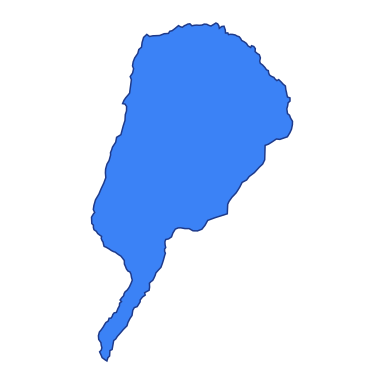 outline of Vianópolis, Goiás, Brazil
{"feature_id": "56859067B48713716484545", "entity_name": "Vianópolis", "entity_type": "district", "adm_level": 2, "iso_a3": "BRA", "parent_name": "Brazil", "parent_adm1": "Goiás", "projection": "robinson", "projection_center": [-48.462, -16.878], "detail": "fine", "context": "isolated", "style": "filled", "palette": "blue", "viewbox_px": 384, "rotation_deg": 0, "n_neighbors": 0, "source": "geoboundaries", "source_scale": "gbopen_adm2", "svg_char_len": 3345}
<svg xmlns="http://www.w3.org/2000/svg" viewBox="0 0 384 384"><path d="M106.9,361.0L107.9,357.7L109.6,356.0L109.9,350.6L112.1,349.5L113.7,340.5L115.7,339.0L117.4,336.3L120.6,332.7L123.3,329.5L127.0,325.8L127.9,322.6L130.0,318.4L132.0,315.5L132.8,310.3L134.3,307.6L137.2,306.6L140.1,301.9L140.2,299.9L142.5,297.0L145.2,295.1L144.6,292.7L146.6,291.6L149.1,290.3L149.6,287.1L149.4,283.2L151.1,281.5L152.7,280.4L153.8,278.4L155.1,275.5L155.9,272.9L158.1,270.4L160.9,267.4L162.3,263.6L163.4,260.1L164.8,255.0L165.4,253.2L164.6,251.4L164.6,249.0L165.7,247.6L165.1,244.9L164.9,241.8L165.7,239.5L168.5,238.9L171.5,236.9L172.9,233.0L175.3,229.1L178.2,227.9L180.7,227.8L185.0,228.6L189.1,228.6L193.0,230.8L197.5,230.9L201.9,229.2L205.0,225.3L207.7,220.4L215.0,217.7L227.3,213.8L227.7,204.3L229.0,201.4L231.9,197.3L236.0,193.0L237.9,190.1L239.8,187.0L242.1,182.4L246.6,180.0L249.2,176.5L254.4,172.6L259.4,167.1L262.7,164.0L264.7,159.8L265.1,145.4L268.4,144.2L272.4,141.7L276.4,139.0L279.8,139.4L287.4,136.8L289.9,132.7L291.5,129.2L292.4,124.7L292.5,121.3L290.6,118.1L289.5,115.2L287.5,113.6L286.8,108.8L287.6,106.1L288.1,102.8L290.0,101.1L290.0,97.9L287.5,97.0L286.9,94.7L286.5,92.5L285.8,89.6L285.4,86.0L283.2,84.2L281.0,81.8L278.7,79.6L276.9,80.6L275.1,79.1L273.9,77.4L271.5,76.4L269.5,75.0L268.7,73.1L268.3,70.6L266.5,69.8L264.9,67.5L262.6,65.0L260.3,63.3L259.7,61.1L260.4,57.9L259.3,54.7L257.4,53.6L255.1,51.6L255.3,48.6L253.8,46.5L251.5,45.7L250.7,47.5L248.0,45.9L246.4,43.4L244.2,41.8L241.7,40.5L240.5,38.3L239.1,36.7L237.0,36.0L235.3,35.0L232.6,34.4L230.3,34.3L228.5,34.6L227.8,32.9L225.5,33.0L225.3,30.0L224.0,26.2L221.7,26.5L219.3,28.3L218.9,25.9L217.6,23.8L215.9,23.0L214.3,24.0L211.0,26.0L209.2,25.5L206.8,24.3L204.2,24.1L201.9,25.1L199.3,25.3L196.6,25.1L194.3,25.3L191.9,25.8L189.9,23.8L187.7,24.1L186.1,25.0L184.4,25.7L182.3,27.3L180.3,26.7L178.5,25.6L176.1,27.6L174.4,29.0L172.1,30.7L169.7,31.3L168.5,33.4L166.3,33.6L164.2,33.7L161.9,34.6L159.6,35.5L152.9,35.8L149.6,36.5L146.8,34.4L143.6,37.4L142.1,42.5L141.5,47.2L138.8,49.5L137.8,53.4L134.7,57.9L133.2,61.8L132.5,65.9L133.6,68.7L132.6,73.0L130.2,76.6L131.4,79.7L129.6,93.1L128.2,94.9L125.7,97.8L124.0,100.3L122.6,103.6L125.0,104.1L126.6,106.4L126.5,111.0L125.3,114.6L125.0,120.4L123.2,126.0L120.9,134.7L116.6,137.3L115.7,142.2L112.5,147.1L111.6,150.0L110.5,152.6L110.6,155.0L109.1,160.5L107.0,164.1L105.6,169.1L105.4,172.9L105.8,177.7L103.8,183.1L101.2,188.6L98.9,194.1L95.5,199.8L93.9,205.5L93.3,209.5L94.7,212.5L93.4,214.0L91.5,217.2L91.8,223.5L93.4,225.2L93.4,227.6L94.0,229.7L96.4,231.4L97.7,233.5L99.6,235.0L101.6,236.4L101.2,238.4L102.1,240.6L103.1,242.2L103.5,244.2L104.1,246.4L106.1,247.2L109.2,249.0L111.3,250.5L113.5,251.6L115.3,252.2L117.1,253.6L118.8,254.8L120.8,256.0L122.2,257.7L124.3,260.5L124.4,264.1L125.4,266.3L126.4,268.9L127.9,271.0L130.0,272.0L131.0,274.3L131.5,277.4L132.3,280.1L131.1,283.2L129.6,286.5L128.6,288.2L126.9,290.4L125.2,291.7L124.1,293.6L123.7,295.7L121.8,297.7L120.1,300.0L121.5,301.6L119.6,303.2L119.4,305.9L118.0,308.4L116.4,312.4L114.1,312.9L112.8,314.6L112.2,316.5L110.9,318.2L109.1,318.2L108.2,321.0L105.8,322.6L104.6,324.5L103.2,327.0L101.0,330.1L99.4,332.0L98.4,335.7L98.7,339.4L100.9,342.6L101.2,345.1L101.9,347.8L101.2,350.2L99.6,351.8L101.2,355.3L102.1,357.6L104.9,359.7L106.9,361.0Z" fill="#3b82f6" stroke="#1e3a8a" stroke-width="1.5"/></svg>